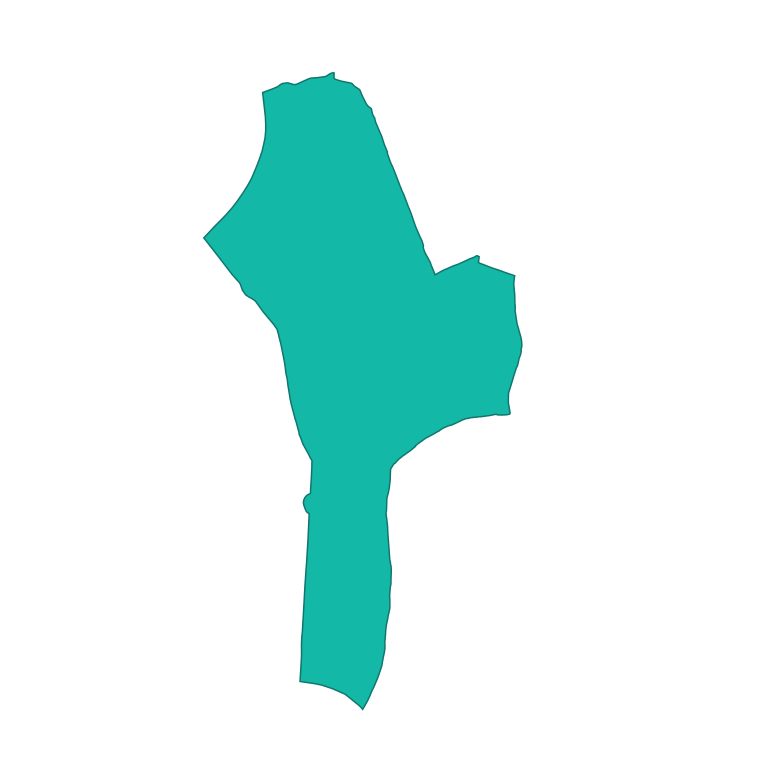 Thon Buri, Bangkok Metropolis, Thailand, rotated 169°
{"feature_id": "78962969B37359876414663", "entity_name": "Thon Buri", "entity_type": "district", "adm_level": 2, "iso_a3": "THA", "parent_name": "Thailand", "parent_adm1": "Bangkok Metropolis", "projection": "equal_earth", "projection_center": [100.483, 13.718], "detail": "fine", "context": "isolated", "style": "filled", "palette": "teal", "viewbox_px": 768, "rotation_deg": 169, "n_neighbors": 0, "source": "geoboundaries", "source_scale": "gbopen_adm2", "svg_char_len": 5674}
<svg xmlns="http://www.w3.org/2000/svg" viewBox="0 0 768 768"><g transform="rotate(169 384 384)"><path d="M533.0,561.8L522.0,540.2L520.7,537.6L512.3,520.7L506.7,511.2L506.1,510.0L505.0,502.9L502.6,497.7L499.8,495.0L497.9,493.5L496.0,491.7L494.4,489.9L488.8,477.8L487.6,475.6L486.0,472.7L484.7,470.3L483.3,467.9L482.0,465.5L480.8,463.3L479.7,460.7L478.8,458.9L478.6,458.3L478.5,457.7L478.4,455.9L478.1,453.2L478.1,450.4L477.6,443.0L477.6,440.6L477.6,439.6L477.5,426.0L477.7,420.7L477.7,420.3L478.2,413.7L478.2,411.1L478.0,408.0L478.1,406.5L478.5,402.0L478.9,389.2L479.0,388.7L478.9,381.8L477.9,366.8L477.4,362.8L476.7,352.6L476.9,350.9L476.7,349.8L476.4,349.0L475.0,340.4L471.6,329.9L470.5,325.8L470.4,325.6L469.3,322.4L469.7,320.9L470.7,316.2L472.8,307.5L474.1,302.3L474.4,301.2L474.9,299.5L475.3,297.6L476.0,295.2L476.5,292.9L477.0,290.9L477.3,290.5L479.0,290.1L480.0,289.8L481.7,288.9L481.9,288.7L483.3,287.6L484.5,286.0L485.1,284.9L485.6,283.6L485.8,282.3L485.8,281.7L485.8,280.7L485.7,279.5L485.4,277.8L485.1,275.9L484.8,274.6L484.5,273.6L483.7,272.4L482.9,271.6L482.2,270.9L488.1,246.6L494.1,223.3L495.7,217.5L500.1,201.0L503.4,187.9L506.7,174.8L509.8,162.8L511.1,157.5L512.4,153.1L513.2,150.5L514.9,143.1L515.2,141.3L516.6,133.9L517.5,130.1L520.1,119.9L523.2,108.0L509.5,103.2L502.7,100.4L492.8,94.8L481.5,87.0L480.9,86.3L478.3,83.3L471.7,75.4L470.2,73.7L468.1,70.7L467.0,68.7L460.7,76.0L459.1,78.2L457.5,80.4L455.5,83.5L453.9,85.8L453.0,86.9L451.5,88.9L447.0,95.6L445.3,98.3L440.1,107.4L437.4,114.5L437.0,115.6L434.8,120.6L434.7,121.0L434.5,121.5L433.7,123.8L433.0,126.8L432.5,130.4L432.0,132.0L430.6,136.8L429.3,141.9L427.6,147.2L427.1,148.3L426.4,150.0L426.0,150.8L425.6,151.8L424.8,153.8L424.3,155.4L423.3,157.5L421.5,161.6L420.8,163.9L419.7,169.8L419.0,174.0L418.8,175.4L418.2,177.6L417.0,181.9L416.5,183.6L415.9,185.0L415.3,186.5L414.5,190.5L412.6,198.8L412.2,201.1L411.8,204.2L412.0,206.0L411.7,207.9L411.9,209.9L408.6,237.4L407.6,244.2L407.3,247.7L407.0,252.3L406.9,254.7L406.9,255.3L406.4,257.8L405.8,259.0L405.6,259.9L405.1,261.9L403.2,270.5L402.7,271.7L401.6,274.3L400.6,276.2L398.9,280.3L396.5,287.8L396.0,289.7L394.4,296.7L394.0,298.2L393.8,299.1L392.6,300.5L392.4,300.7L389.7,303.6L388.5,304.0L384.3,307.1L378.5,310.2L377.8,310.4L377.0,310.7L376.2,311.2L370.9,313.5L364.8,316.9L364.9,317.3L364.0,317.9L362.8,318.5L353.6,322.8L346.9,324.8L339.8,327.2L339.7,327.2L338.6,327.5L338.2,327.8L335.5,329.0L334.3,329.4L328.9,330.6L325.6,330.8L322.0,331.6L313.4,333.9L312.5,333.9L312.4,333.9L312.3,334.0L312.1,334.0L311.9,334.0L311.3,334.3L311.1,334.3L309.8,334.3L309.1,334.3L307.9,334.2L305.6,334.4L304.5,334.3L302.8,334.2L302.2,334.1L298.9,333.8L297.3,333.7L296.4,333.7L295.6,333.5L294.9,333.4L293.5,333.3L291.4,333.2L286.5,332.9L281.1,332.9L279.8,332.9L279.2,332.7L278.9,332.2L278.3,332.0L274.5,331.1L271.1,330.6L269.5,330.4L268.1,330.4L266.7,330.4L266.1,330.8L265.7,331.4L265.6,337.6L265.6,339.6L265.6,340.4L265.5,341.6L265.3,342.9L264.7,346.0L263.7,350.4L263.3,351.6L256.7,364.0L256.2,365.1L251.1,374.4L250.6,375.1L249.5,376.5L248.2,379.2L246.7,382.9L244.4,386.7L243.8,388.1L243.2,389.6L242.5,392.7L242.4,392.9L241.7,394.2L241.4,395.2L241.1,397.0L240.8,399.4L240.7,402.0L240.8,405.2L241.3,410.6L241.4,411.0L241.3,411.3L241.9,417.7L241.4,429.4L241.4,430.5L240.5,434.5L240.1,438.2L238.7,446.3L238.4,449.2L238.0,453.5L237.5,457.5L237.3,458.2L236.2,462.2L235.0,465.3L236.9,466.4L243.2,470.0L250.5,474.4L253.7,476.1L257.4,478.3L263.7,482.3L266.5,484.0L268.1,485.2L266.4,490.5L266.3,490.9L267.0,491.4L267.3,491.6L267.7,491.8L268.1,492.0L268.5,492.2L268.8,492.2L269.3,492.0L269.9,491.7L270.4,491.5L272.7,491.0L275.3,490.6L276.8,490.3L277.8,490.0L280.6,489.3L285.0,488.2L286.2,487.9L287.5,487.6L293.3,486.7L302.4,484.7L305.6,483.9L313.0,481.4L313.8,485.9L314.8,490.7L315.1,492.2L315.3,494.1L315.7,495.7L315.8,496.0L317.6,501.6L317.9,502.3L317.9,502.5L318.6,504.7L319.2,507.8L319.4,509.9L319.4,510.4L319.4,510.9L319.3,511.1L319.2,511.4L319.2,511.5L319.0,511.9L318.9,512.2L318.9,512.5L319.3,516.6L319.4,517.3L320.6,521.8L320.7,522.1L322.2,529.0L322.7,531.4L323.3,534.9L324.9,546.5L325.0,547.1L326.4,554.0L327.4,560.2L327.5,560.7L328.5,566.5L329.3,569.5L330.7,576.5L330.8,577.1L331.1,579.2L332.5,587.1L333.8,594.0L334.4,596.7L334.8,598.0L335.3,600.3L336.6,608.9L336.7,609.2L336.4,611.2L338.0,619.0L338.8,626.1L338.8,626.5L338.9,627.2L339.5,629.8L340.9,636.1L342.3,643.0L342.4,644.4L342.4,646.7L342.4,647.0L342.5,647.2L343.3,649.4L343.5,650.0L343.7,650.8L343.9,655.8L343.9,656.1L344.0,656.4L344.0,656.6L344.2,656.9L344.3,657.2L344.5,657.4L345.6,658.6L346.7,659.9L347.0,660.4L347.3,661.0L347.6,661.5L348.2,663.2L348.9,665.8L349.8,669.0L350.1,670.1L350.8,673.1L351.4,676.5L351.6,677.0L351.8,677.4L352.0,677.8L352.4,678.3L353.3,679.1L355.5,681.3L355.8,681.6L356.3,682.1L357.9,684.8L358.2,685.1L358.5,685.3L359.1,685.7L361.7,686.8L364.8,688.0L368.0,689.4L372.1,691.5L373.1,692.1L374.0,692.7L374.1,692.9L374.3,693.1L374.5,693.5L374.6,693.9L374.6,694.2L374.6,694.5L374.5,694.8L373.7,698.5L373.7,699.0L374.4,699.3L375.1,699.2L375.4,699.1L376.6,699.2L379.3,698.3L379.9,698.0L381.4,697.4L382.7,697.0L385.4,697.1L391.8,697.5L395.5,698.0L397.3,698.2L399.3,698.0L401.7,697.5L411.8,695.1L412.0,695.0L414.0,694.9L414.6,694.9L416.0,695.4L417.7,696.3L420.5,697.8L421.8,698.1L423.7,698.2L425.2,698.2L425.4,698.3L425.9,698.4L427.1,698.1L427.8,697.9L429.3,697.3L431.4,696.2L437.4,694.9L447.5,693.3L448.8,676.9L449.5,668.6L450.6,661.3L451.8,655.3L453.8,648.3L456.5,641.9L459.2,635.9L463.0,629.2L467.4,622.1L469.7,618.6L474.8,611.1L479.7,605.2L486.1,598.4L492.2,592.4L499.0,586.3L506.6,580.4L513.0,575.9L519.1,571.8L533.0,561.8Z" fill="#14b8a6" stroke="#0f766e" stroke-width="1.5"/></g></svg>